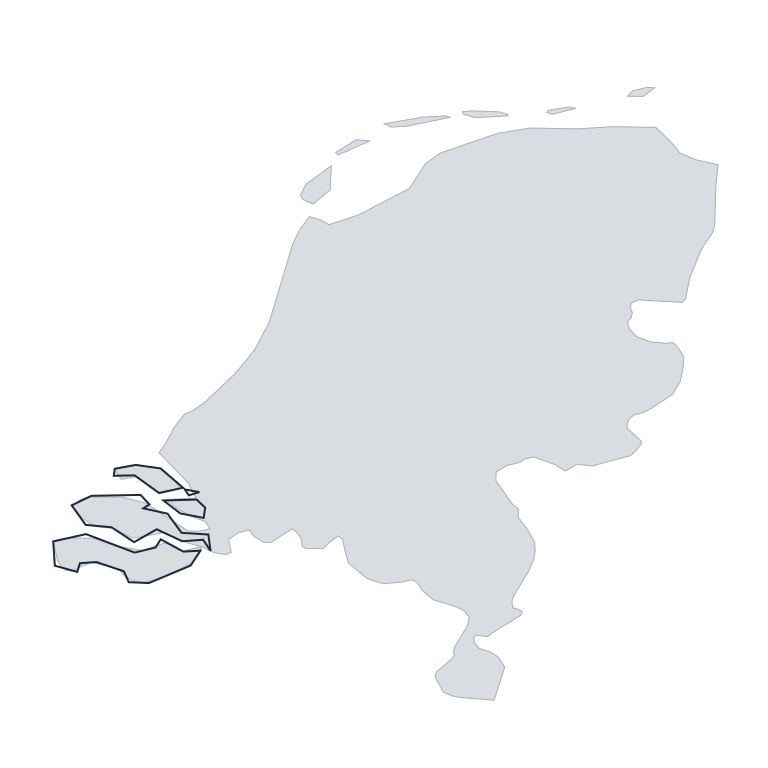 location of Zeeland within Netherlands, rotated 3°
{"feature_id": "NLD-903", "entity_name": "Zeeland", "entity_type": "Province", "adm_level": 1, "iso_a3": "NLD", "parent_name": "Netherlands", "parent_adm1": "", "projection": "natural_earth1", "projection_center": [3.94, 51.477], "detail": "coarse", "context": "in_parent", "style": "outline", "palette": "slate", "viewbox_px": 768, "rotation_deg": 3, "n_neighbors": 0, "source": "natural_earth", "source_scale": "10m", "svg_char_len": 3617}
<svg xmlns="http://www.w3.org/2000/svg" viewBox="0 0 768 768"><g transform="rotate(3 384 384)"><path d="M510.5,694.0L493.3,693.5L477.1,693.1L468.6,692.0L459.5,688.7L455.3,681.9L450.2,673.7L451.5,668.7L466.5,654.5L468.7,650.6L467.2,648.5L468.6,642.2L480.0,621.0L481.5,612.5L476.2,606.6L468.7,603.0L444.3,596.8L432.7,587.9L427.3,580.2L421.9,578.0L413.9,580.6L393.8,583.5L377.4,579.3L358.0,564.7L353.4,551.6L351.0,541.6L346.2,538.1L339.7,543.3L331.5,551.4L315.3,552.4L310.7,550.5L309.9,546.0L308.9,541.7L304.5,536.3L299.6,533.4L279.1,548.4L271.5,548.4L261.8,542.6L257.0,536.9L246.4,540.2L237.0,547.1L240.3,560.2L235.1,562.6L223.4,561.4L210.2,556.0L195.4,552.8L173.0,543.7L141.8,551.1L120.1,542.3L102.1,541.4L90.9,534.4L78.8,522.6L87.4,514.9L95.6,512.2L128.6,510.7L152.6,515.4L195.8,541.0L206.7,540.8L218.2,537.6L212.4,530.6L201.6,527.3L185.5,520.4L172.7,510.7L202.7,507.6L198.6,502.6L194.6,494.1L162.9,464.3L168.3,456.3L176.3,439.0L186.2,424.7L194.1,420.8L207.0,410.7L235.2,380.9L253.0,356.7L266.3,328.0L285.5,249.0L291.2,235.6L300.6,220.7L312.4,223.5L320.6,227.8L349.5,216.6L399.1,187.4L413.6,162.2L427.9,150.5L484.7,127.6L516.2,120.8L564.7,119.0L599.8,115.0L642.0,113.5L658.2,127.6L667.7,137.9L682.8,143.6L706.1,147.5L705.1,167.9L705.9,208.2L704.3,215.4L694.1,232.4L683.5,262.9L680.8,283.0L677.5,286.9L633.1,286.7L626.8,290.2L626.0,294.6L628.3,299.8L627.3,304.9L623.9,309.1L625.8,315.8L633.7,323.4L647.8,328.0L662.8,328.5L670.6,327.6L676.3,333.0L682.0,341.4L681.8,351.9L679.8,366.0L672.9,379.1L652.5,394.1L643.4,399.4L634.8,402.1L630.7,406.1L628.8,411.1L629.3,415.6L644.1,427.7L643.8,430.4L639.7,436.7L634.1,442.6L596.5,454.9L580.9,454.0L572.0,460.1L569.2,461.3L559.3,455.6L537.2,449.1L528.9,451.4L524.3,454.9L510.5,459.2L500.6,466.0L500.7,474.7L518.5,497.2L524.7,501.6L525.1,510.1L533.8,520.6L542.6,533.9L543.7,542.3L542.8,550.8L538.4,562.9L523.4,591.2L523.3,596.6L524.6,600.8L529.8,601.9L533.9,604.0L532.7,607.8L504.3,627.5L500.6,630.9L488.6,630.0L486.8,633.3L488.5,638.6L493.2,643.2L503.5,645.7L512.3,650.7L519.4,660.4L510.5,694.0ZM210.2,556.0L207.7,564.2L201.1,573.2L178.7,586.2L155.3,594.8L143.3,593.7L135.0,589.2L130.6,584.5L118.1,580.0L100.9,577.8L90.2,582.6L82.5,587.3L75.8,586.5L70.8,582.6L67.0,576.7L62.0,557.9L74.8,554.5L102.5,553.2L124.0,559.8L152.2,563.0L173.8,554.0L190.8,561.6L210.2,556.0ZM163.3,479.7L179.8,491.5L183.3,495.2L184.6,499.3L163.6,504.0L141.3,489.5L126.6,492.9L121.1,486.1L121.0,481.8L136.3,478.2L163.3,479.7ZM320.1,192.9L303.6,208.1L293.5,203.9L290.5,200.4L295.6,188.5L320.0,168.8L320.1,192.9ZM393.2,125.4L377.7,127.1L370.6,124.1L408.1,115.6L431.8,113.0L436.0,114.2L393.2,125.4ZM493.8,109.7L460.9,113.2L449.8,110.6L447.9,108.1L456.9,106.6L485.0,106.2L493.7,108.4L493.8,109.7ZM357.0,142.0L326.2,157.8L323.6,155.3L343.4,141.6L357.0,142.0ZM627.9,83.2L612.5,83.9L616.8,78.3L631.1,74.0L638.8,74.0L627.9,83.2ZM561.2,98.6L537.9,105.9L532.2,104.3L533.6,102.2L554.1,97.7L561.2,98.6Z" fill="#d9dde1" stroke="#a8b0b8" stroke-width="1"/><path d="M87.5,587.7L64.8,582.7L61.9,558.5L94.3,549.5L143.8,565.4L164.4,559.2L169.2,550.8L192.5,561.9L209.4,560.0L200.4,575.4L159.6,595.1L139.5,595.3L134.0,584.6L105.8,576.8L89.7,578.9L87.5,587.7ZM219.5,559.8L211.6,549.0L190.7,551.6L164.6,541.0L142.7,555.0L119.4,541.3L93.4,540.3L78.5,521.5L97.6,511.0L146.7,507.5L156.0,516.5L150.2,520.8L174.6,524.8L189.6,543.2L216.5,543.5L219.5,559.8ZM165.4,480.0L188.7,498.1L165.2,504.7L139.7,488.3L119.0,489.8L119.5,482.8L140.5,477.8L165.4,480.0ZM210.9,527.2L187.3,523.9L169.9,511.9L202.9,509.2L211.9,516.8L210.9,527.2ZM205.3,501.6L194.9,505.4L190.6,499.7L205.3,501.6Z" fill="none" stroke="#1e293b" stroke-width="2"/></g></svg>